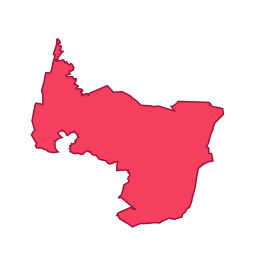 Minatitlán, Colima, Mexico (Equal Earth projection), rotated 81°
{"feature_id": "50627088B87770668885129", "entity_name": "Minatitlán", "entity_type": "district", "adm_level": 2, "iso_a3": "MEX", "parent_name": "Mexico", "parent_adm1": "Colima", "projection": "equal_earth", "projection_center": [-104.083, 19.372], "detail": "fine", "context": "isolated", "style": "filled", "palette": "rose", "viewbox_px": 256, "rotation_deg": 81, "n_neighbors": 0, "source": "geoboundaries", "source_scale": "gbopen_adm2", "svg_char_len": 5768}
<svg xmlns="http://www.w3.org/2000/svg" viewBox="0 0 256 256"><g transform="rotate(81 128 128)"><path d="M216.3,79.9L210.1,76.5L207.6,75.7L198.4,71.5L188.9,68.4L179.0,64.9L176.5,61.0L175.3,58.4L174.4,55.6L173.8,52.0L173.8,49.3L166.3,49.5L165.7,51.9L160.3,51.5L158.9,53.6L155.7,51.0L154.0,50.3L151.8,49.2L148.1,47.8L145.9,46.5L143.9,45.0L143.0,44.6L142.1,44.1L141.0,44.0L136.6,41.5L129.4,31.6L123.8,31.5L123.1,33.2L122.8,33.6L122.5,34.4L122.1,35.2L121.5,36.9L121.0,38.7L119.6,41.8L119.0,42.3L117.9,42.5L117.8,42.8L117.9,43.5L117.1,42.8L116.5,43.1L115.5,44.1L115.2,44.9L109.6,74.2L110.2,75.0L111.1,75.7L111.8,77.0L112.2,78.0L113.1,79.4L113.4,80.3L113.5,81.0L113.4,82.0L118.5,79.4L111.1,94.4L110.9,99.4L109.7,102.5L107.5,111.7L102.6,115.3L99.6,118.5L96.5,120.8L91.2,128.1L90.4,136.9L82.9,141.8L87.8,161.0L88.0,161.2L89.0,161.4L89.5,161.7L89.6,161.9L89.6,162.1L88.6,162.1L88.4,162.3L88.3,162.7L88.0,162.7L87.8,162.8L87.7,163.1L87.4,164.4L87.9,165.2L88.0,165.7L88.4,166.1L88.9,166.9L89.1,167.5L89.0,168.2L88.8,168.4L88.2,168.0L87.9,168.0L87.7,167.8L87.6,167.4L87.4,167.3L87.2,167.3L86.8,168.0L86.3,168.4L85.3,169.3L85.0,169.3L84.9,169.3L84.8,169.1L84.8,168.5L84.7,168.0L84.5,167.4L84.3,167.0L83.8,166.9L83.6,167.0L83.3,167.1L83.2,167.4L82.8,167.5L82.5,167.9L82.3,168.4L82.1,168.5L81.8,169.4L81.7,169.7L81.7,170.0L81.4,170.5L81.6,172.0L81.5,172.9L81.4,173.0L80.6,173.5L80.4,173.4L80.1,173.0L80.0,172.7L79.7,172.3L79.6,171.6L79.2,170.7L78.4,171.0L77.6,171.7L77.2,172.3L76.7,173.5L76.7,173.8L76.6,174.1L76.4,174.3L76.0,174.3L75.8,173.8L75.6,173.7L75.0,173.0L74.5,172.9L73.4,172.1L72.5,172.4L72.2,172.3L72.1,172.0L72.2,171.5L71.7,171.3L71.1,171.9L71.0,172.5L71.0,173.1L71.1,173.8L70.7,173.9L69.5,174.5L68.8,174.7L68.4,176.0L67.9,178.9L67.7,179.9L67.1,180.6L66.8,180.9L66.4,180.9L66.2,180.7L66.0,180.0L66.0,179.5L65.7,178.7L65.7,177.2L65.6,176.7L64.6,176.9L64.2,177.2L63.2,177.2L62.7,177.1L62.6,176.9L62.8,175.9L62.8,175.0L62.7,174.9L62.7,174.6L62.5,174.3L62.3,173.8L62.3,173.5L62.3,173.3L62.1,173.0L61.4,172.8L60.8,172.9L60.4,172.2L60.0,172.0L59.1,172.2L58.6,172.7L58.4,172.8L57.4,173.0L56.4,173.3L55.8,173.8L55.6,174.0L55.4,174.5L55.9,174.8L56.2,175.2L56.5,176.1L56.0,176.3L55.8,176.5L55.2,177.6L55.0,177.8L54.8,177.5L54.3,177.6L54.1,177.8L53.1,178.2L53.0,178.3L53.0,178.5L53.3,178.8L53.6,179.5L53.6,180.2L53.3,180.3L52.6,180.2L51.0,181.0L50.6,181.4L50.5,181.9L50.8,182.9L51.0,183.5L51.0,184.6L50.9,186.7L50.7,188.4L50.6,188.6L50.4,188.9L49.4,188.9L49.3,188.6L49.4,188.0L49.3,187.6L49.3,186.5L49.1,186.5L48.6,186.5L46.7,185.6L46.6,184.9L46.0,184.3L45.1,183.9L43.7,181.9L43.2,181.5L42.4,180.2L42.2,180.1L41.9,180.6L41.6,181.5L41.1,182.7L40.9,182.9L40.5,183.1L40.4,183.1L40.1,183.1L39.7,182.3L38.8,181.7L36.8,181.1L36.6,181.2L36.5,181.7L36.2,182.2L35.9,182.4L35.6,183.1L34.9,183.6L34.4,183.7L33.6,183.4L33.6,183.2L33.7,182.3L33.7,181.9L33.1,181.6L32.9,181.6L32.6,181.8L31.6,181.7L31.2,182.3L29.2,183.2L29.3,184.5L29.7,184.7L30.5,184.6L30.1,184.3L33.9,185.3L43.8,190.2L44.8,188.5L45.2,188.8L51.4,191.8L58.2,194.1L60.2,195.4L61.2,196.5L61.4,197.0L60.5,200.4L64.0,201.9L69.9,203.9L75.1,206.4L76.4,207.0L79.0,207.6L81.2,206.7L82.0,207.0L91.4,208.4L90.4,210.9L89.1,215.0L91.8,216.6L93.2,217.1L102.4,220.4L105.9,221.7L115.7,220.4L116.1,221.3L117.5,222.7L118.2,223.3L119.1,223.9L119.7,224.5L128.7,220.8L128.8,220.5L131.2,222.3L133.5,221.1L133.7,219.9L133.8,218.2L135.1,215.2L135.5,214.8L136.3,213.7L136.3,213.4L136.8,211.9L138.2,211.2L139.5,209.1L140.1,207.0L140.6,205.8L140.7,200.6L139.0,202.0L135.6,203.1L130.2,202.3L129.3,202.6L129.3,200.7L128.5,200.3L127.5,197.9L127.0,194.6L123.9,197.3L123.4,197.3L123.0,197.7L122.5,197.9L121.4,197.7L121.2,197.5L120.1,193.9L119.7,193.7L121.1,192.6L121.3,191.7L123.4,189.9L125.0,189.9L125.9,189.3L126.0,189.1L125.7,188.7L125.0,187.0L124.6,186.5L123.5,185.9L123.6,185.5L123.8,185.0L123.8,183.8L123.6,183.1L123.1,182.2L123.0,181.5L123.5,181.5L125.2,180.5L125.7,179.4L126.0,179.0L126.4,178.9L126.8,178.9L127.2,179.2L127.8,179.4L128.0,179.3L129.4,178.1L131.3,181.0L132.2,181.2L132.2,181.7L132.4,182.3L132.6,182.4L133.3,182.2L133.5,182.2L133.8,182.5L134.3,182.4L134.8,183.2L134.8,183.6L135.2,184.6L135.2,185.0L134.7,185.9L134.5,186.4L135.3,186.4L136.3,186.9L136.3,188.2L137.1,188.2L137.4,187.9L138.3,187.8L138.8,188.6L139.0,189.1L139.8,189.0L140.4,188.4L141.1,188.3L141.8,188.4L142.1,188.9L142.3,188.9L143.8,186.3L144.5,186.1L144.7,185.8L144.7,184.4L145.1,183.9L145.1,180.9L145.5,180.6L146.0,179.5L146.4,179.1L146.6,177.9L146.8,177.2L146.7,176.2L146.0,175.7L145.9,175.2L144.6,173.5L144.4,172.5L144.1,172.0L144.9,170.6L145.1,170.6L145.4,170.4L145.7,170.0L145.8,169.6L145.6,168.7L146.7,168.6L148.6,167.5L150.3,163.6L152.0,162.7L152.8,162.0L154.2,161.5L154.5,161.1L155.5,157.8L155.8,158.0L156.0,156.9L157.0,154.9L159.6,153.4L160.6,152.2L160.5,149.3L159.8,147.5L159.6,146.7L159.8,144.6L159.5,143.4L164.2,145.1L168.3,145.7L169.0,136.4L170.1,135.5L169.8,135.0L169.6,134.5L170.4,134.5L171.2,134.3L172.0,134.9L172.2,134.6L172.2,134.2L172.5,134.0L173.0,134.1L173.1,133.5L173.3,133.4L173.6,133.5L174.3,133.4L176.1,134.3L176.3,134.7L176.3,134.9L176.7,135.5L178.4,136.1L180.5,135.3L181.1,135.4L181.8,136.5L183.8,141.2L185.5,141.6L186.8,142.4L187.5,142.1L193.5,145.4L194.0,146.7L194.9,147.9L195.6,148.0L195.4,145.8L207.8,135.0L208.9,133.8L209.1,133.5L209.6,134.0L206.9,138.1L210.3,150.8L210.9,151.0L211.2,151.9L212.0,152.2L212.6,152.7L212.8,151.4L213.2,151.3L213.9,151.4L214.4,151.0L216.1,150.7L223.8,141.5L226.4,139.1L224.3,130.9L225.1,125.7L225.6,117.2L225.6,116.6L226.8,111.3L225.9,110.3L223.5,102.0L225.3,96.7L225.3,95.6L225.1,94.9L225.1,94.6L224.9,93.8L224.9,93.1L224.5,91.9L224.6,90.5L224.4,89.2L224.3,88.7L223.9,88.4L223.0,88.1L221.9,87.9L219.9,84.6L217.4,82.7L216.9,81.9L216.3,81.2L216.3,79.9Z" fill="#f43f5e" stroke="#9f1239" stroke-width="1.5"/></g></svg>